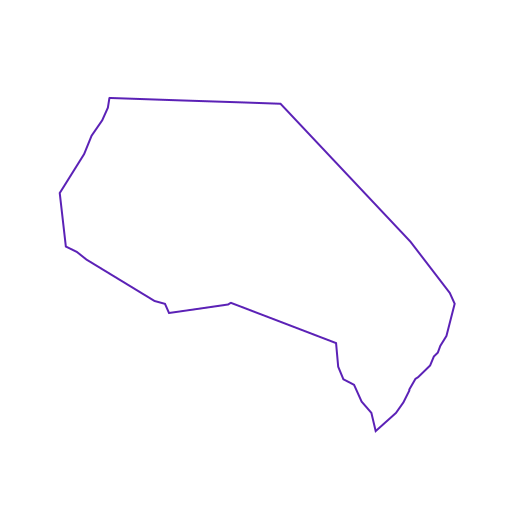 the district of Derierre Fort/Old Victoria Road, Castries, Saint Lucia, rotated 9°
{"feature_id": "8701671B52595214845054", "entity_name": "Derierre Fort/Old Victoria Road", "entity_type": "district", "adm_level": 2, "iso_a3": "LCA", "parent_name": "Saint Lucia", "parent_adm1": "Castries", "projection": "equal_earth", "projection_center": [-60.984, 13.994], "detail": "fine", "context": "isolated", "style": "outline", "palette": "violet", "viewbox_px": 512, "rotation_deg": 9, "n_neighbors": 0, "source": "geoboundaries", "source_scale": "gbopen_adm2", "svg_char_len": 681}
<svg xmlns="http://www.w3.org/2000/svg" viewBox="0 0 512 512"><g transform="rotate(9 256 256)"><path d="M428.5,364.9L428.3,363.9L432.7,352.4L435.0,350.4L438.3,346.0L445.1,336.9L447.4,327.4L450.7,323.0L452.1,315.9L456.6,305.2L459.7,272.1L453.2,262.2L406.3,217.7L256.4,101.8L219.6,106.3L158.9,113.9L86.7,122.8L86.5,123.0L86.5,132.7L82.9,146.0L74.8,162.9L70.3,182.2L54.8,218.7L52.3,224.5L66.7,276.4L78.4,280.0L89.2,286.1L162.8,316.3L173.6,317.5L179.0,325.9L184.2,324.3L236.2,308.2L237.3,307.1L238.6,306.2L348.7,329.5L354.5,352.5L361.6,364.1L373.0,367.9L383.1,383.3L394.5,392.9L401.6,410.2L418.8,389.1L424.5,377.5L428.5,364.9Z" fill="none" stroke="#5b21b6" stroke-width="2"/></g></svg>